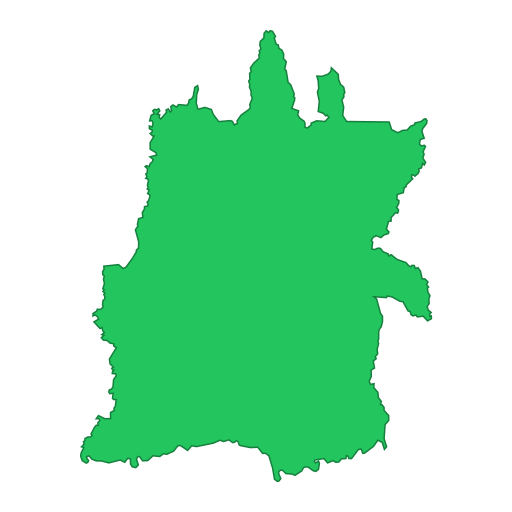 outline of Encruzilhada do Sul, Rio Grande do Sul, Brazil
{"feature_id": "56859067B74487303198442", "entity_name": "Encruzilhada do Sul", "entity_type": "district", "adm_level": 2, "iso_a3": "BRA", "parent_name": "Brazil", "parent_adm1": "Rio Grande do Sul", "projection": "orthographic", "projection_center": [-52.659, -30.587], "detail": "fine", "context": "isolated", "style": "filled", "palette": "green", "viewbox_px": 512, "rotation_deg": 0, "n_neighbors": 0, "source": "geoboundaries", "source_scale": "gbopen_adm2", "svg_char_len": 6020}
<svg xmlns="http://www.w3.org/2000/svg" viewBox="0 0 512 512"><path d="M431.4,318.7L431.3,315.9L429.8,316.3L429.6,314.2L431.2,312.5L428.2,310.0L427.2,306.4L429.1,303.6L428.9,298.7L430.0,295.8L427.9,292.1L427.4,288.1L428.6,287.0L426.5,284.6L428.0,282.0L424.9,278.9L422.1,278.8L420.5,271.2L417.9,267.6L415.3,268.5L414.3,265.5L411.8,265.4L410.8,266.7L408.8,265.9L406.0,262.6L397.0,259.4L391.2,254.7L388.7,255.9L388.2,253.9L383.0,251.7L380.5,248.4L378.0,248.1L374.4,249.6L371.8,248.9L372.7,242.1L371.3,240.3L373.3,237.2L376.3,235.7L381.0,237.6L384.0,234.9L388.1,233.7L389.0,232.0L386.4,229.1L388.6,221.3L391.1,221.1L391.1,217.6L395.6,212.6L397.6,213.2L398.4,211.5L398.5,209.8L396.6,207.6L398.8,203.3L398.9,200.5L396.9,199.4L397.2,194.5L403.3,192.7L404.2,187.6L406.0,186.8L406.4,184.8L412.7,178.8L411.5,177.2L411.8,175.0L413.3,174.8L414.9,176.2L417.9,173.6L419.1,171.7L418.7,168.9L421.5,167.9L422.5,163.5L424.3,165.0L425.6,162.4L422.8,158.0L424.1,154.2L423.1,151.8L425.5,146.4L424.3,145.3L421.3,145.9L419.4,144.1L420.3,139.5L424.2,138.3L422.0,131.5L422.5,128.9L426.6,123.5L427.0,120.6L425.8,118.8L424.1,119.1L420.9,121.6L415.1,122.9L414.3,124.8L410.7,126.1L407.0,130.2L402.9,130.3L397.8,132.7L391.6,129.6L389.2,122.0L346.6,121.5L342.7,115.4L343.7,107.2L341.9,99.9L343.9,96.9L343.7,94.3L344.8,92.7L343.7,87.2L340.5,84.3L338.6,79.4L338.3,74.4L331.4,67.8L330.9,71.2L328.3,74.0L322.3,76.3L316.9,76.1L318.2,81.1L318.7,88.5L317.4,92.1L319.3,101.4L318.2,111.5L323.5,113.4L325.7,115.9L327.1,115.1L328.9,117.3L325.0,121.5L316.6,120.8L311.2,123.1L311.1,125.1L307.1,128.1L305.0,127.2L305.0,123.2L304.1,121.2L299.6,118.0L297.7,114.7L298.6,110.8L291.8,108.4L294.5,100.4L294.8,97.7L293.5,96.6L294.3,94.1L290.7,84.7L288.1,82.3L286.2,70.6L284.7,69.3L286.3,61.7L283.5,58.5L283.7,54.1L282.0,50.3L279.0,48.3L278.2,44.9L276.2,44.2L274.3,38.3L275.5,36.4L272.5,31.3L270.1,30.7L268.5,32.6L266.3,30.8L264.1,33.2L263.9,37.9L260.2,41.5L259.8,45.3L261.0,49.0L259.2,50.6L259.8,53.1L258.8,55.1L259.3,58.0L253.8,63.1L250.4,67.9L251.2,71.8L249.6,73.3L249.9,79.4L248.7,81.0L249.8,84.8L249.4,87.1L251.1,91.0L251.0,95.1L252.3,98.1L249.7,104.7L250.4,107.3L249.1,109.3L241.0,115.2L237.1,120.8L237.4,123.4L234.3,124.9L232.4,121.4L230.6,120.6L218.7,121.6L213.2,114.3L211.4,109.5L204.9,107.4L198.0,109.3L196.3,103.5L196.7,94.5L198.4,89.4L197.6,85.6L194.8,87.4L193.2,96.4L191.5,99.0L189.1,99.9L188.7,102.9L187.1,105.3L178.5,104.6L176.6,107.1L172.9,104.9L170.8,106.6L171.5,110.9L170.4,112.0L168.2,108.9L166.0,110.1L166.6,112.2L160.7,119.1L159.2,117.3L159.7,114.6L156.9,114.3L159.8,110.9L158.7,108.7L156.5,109.9L154.6,109.3L152.7,110.8L154.3,113.7L151.2,115.2L149.6,120.9L152.0,120.7L153.1,123.0L152.1,127.0L149.3,126.0L149.4,128.8L152.3,130.1L152.1,132.0L150.1,133.5L152.6,135.9L154.1,136.0L150.1,142.7L150.2,149.3L155.9,152.6L156.7,155.1L149.9,156.8L153.3,159.6L152.3,161.7L149.9,164.0L149.4,166.6L146.4,165.7L145.1,166.6L147.5,168.8L147.1,173.1L145.8,173.9L146.9,176.8L145.8,178.4L147.5,178.8L148.5,180.5L147.4,185.4L148.3,187.3L147.2,189.0L149.2,190.0L147.6,193.6L149.7,194.7L149.9,196.4L148.6,200.6L147.1,202.2L148.1,204.2L147.6,206.1L144.5,206.6L144.4,209.2L142.3,212.5L142.9,217.4L138.6,218.7L137.4,224.5L137.9,226.2L135.4,229.7L138.7,242.0L138.5,248.2L136.3,250.1L136.3,251.9L132.3,258.5L126.0,267.2L123.1,268.5L118.5,264.6L103.8,266.2L104.1,269.3L102.6,271.5L102.7,274.6L104.3,276.1L103.5,279.2L104.4,283.6L102.8,288.8L104.2,289.8L102.9,291.5L104.9,292.9L103.8,294.5L104.9,296.8L104.7,299.0L103.0,300.5L102.5,304.9L103.3,306.8L100.6,309.4L97.3,309.2L96.6,311.1L93.0,313.5L93.0,316.0L94.5,315.0L97.0,316.1L98.7,319.1L93.9,321.9L100.1,328.6L102.1,327.6L102.7,330.7L104.3,332.7L101.8,334.6L103.9,335.3L101.3,337.7L103.5,340.2L107.2,340.5L109.8,343.0L113.8,343.9L113.8,346.1L116.3,347.7L109.4,359.1L110.1,364.0L113.5,367.2L111.7,368.3L112.5,369.8L113.9,370.1L112.4,371.9L112.3,373.6L115.7,373.8L116.2,375.9L113.6,379.4L113.0,386.7L111.4,389.3L109.4,389.8L108.7,391.9L109.8,393.7L113.2,393.3L112.5,398.3L113.5,399.5L116.2,399.6L115.3,406.4L113.9,408.2L114.3,410.4L110.5,412.5L110.6,418.6L104.8,418.7L98.5,415.6L96.2,418.7L98.9,418.7L99.9,420.3L97.8,423.0L98.3,425.2L96.2,425.3L94.6,427.2L91.0,434.0L92.2,435.6L90.3,437.1L88.0,436.9L85.0,438.5L84.9,440.6L83.4,441.8L84.2,444.2L81.5,446.8L83.8,447.6L81.2,452.8L80.6,456.0L82.2,460.6L86.2,463.1L87.8,462.4L88.6,460.4L86.9,458.5L86.6,456.5L89.1,455.9L91.8,459.1L96.2,460.9L101.2,460.9L108.9,462.9L120.1,460.0L124.8,462.3L127.7,458.3L130.4,458.9L130.5,464.0L132.2,466.8L135.8,467.6L138.3,465.0L136.5,458.9L137.8,456.5L139.8,456.9L142.6,460.8L147.7,460.6L153.0,455.8L159.7,456.5L163.6,453.7L166.7,454.3L173.6,451.2L178.0,445.7L180.5,445.6L187.6,450.4L191.7,445.8L196.5,446.6L213.4,443.1L220.1,440.2L223.5,441.5L228.9,439.9L232.6,442.6L234.6,442.3L236.2,440.7L238.0,441.5L239.2,445.0L240.9,445.7L250.5,447.6L257.7,447.2L262.6,453.4L265.6,453.3L268.9,455.8L272.6,468.1L274.5,479.2L277.2,481.3L278.8,481.1L280.8,478.7L278.6,473.4L278.9,471.5L280.5,470.2L282.6,470.3L285.9,473.6L292.2,474.1L295.0,475.3L301.8,470.9L303.4,467.8L305.0,467.0L308.0,467.0L313.3,470.8L315.9,471.4L318.5,469.3L319.4,463.3L318.5,461.1L315.8,462.9L314.3,461.5L315.1,459.9L323.9,458.6L327.6,462.9L333.0,460.7L335.9,462.3L338.8,462.0L341.5,458.8L345.8,458.6L346.5,455.6L348.1,456.3L348.9,458.5L351.5,458.6L358.5,449.4L361.3,449.2L362.8,453.4L364.8,453.0L373.6,446.3L377.8,440.2L382.3,442.5L384.4,449.4L386.6,446.7L384.1,438.7L385.1,424.6L388.7,420.5L388.7,415.6L384.0,410.3L384.1,407.5L382.0,404.7L380.5,404.6L381.3,401.4L378.4,397.6L377.9,392.4L373.8,387.6L374.0,383.7L370.4,384.4L369.2,381.3L371.3,376.5L371.1,370.1L374.5,368.1L373.3,361.1L376.2,358.7L375.2,356.8L377.7,353.7L377.1,349.5L378.6,343.5L377.9,341.3L378.7,338.9L378.7,332.1L379.1,329.6L381.2,326.8L382.5,321.5L382.5,316.2L380.5,313.2L376.6,299.0L373.9,296.7L386.5,297.6L387.5,296.0L391.9,296.9L400.2,301.4L402.9,301.6L408.0,310.9L410.2,311.6L411.1,314.8L413.0,315.9L416.1,315.0L417.3,316.9L423.1,316.2L427.6,320.9L431.4,318.7Z" fill="#22c55e" stroke="#15803d" stroke-width="1.5"/></svg>